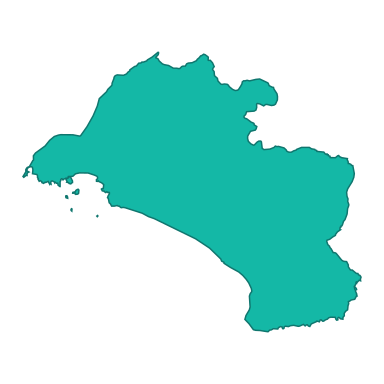 Pasaman Barat, Sumatera Barat, Indonesia
{"feature_id": "22746128B95220206981522", "entity_name": "Pasaman Barat", "entity_type": "district", "adm_level": 2, "iso_a3": "IDN", "parent_name": "Indonesia", "parent_adm1": "Sumatera Barat", "projection": "albers", "projection_center": [99.54, 0.188], "detail": "fine", "context": "isolated", "style": "filled", "palette": "teal", "viewbox_px": 384, "rotation_deg": 0, "n_neighbors": 0, "source": "geoboundaries", "source_scale": "gbopen_adm2", "svg_char_len": 5893}
<svg xmlns="http://www.w3.org/2000/svg" viewBox="0 0 384 384"><path d="M357.1,296.0L356.5,294.7L356.8,294.2L355.6,291.5L355.4,290.1L356.6,289.6L356.3,288.5L355.3,287.3L354.6,288.3L354.3,286.4L355.3,285.1L355.7,283.9L356.5,283.6L356.0,282.5L356.2,282.0L356.7,281.8L357.1,282.4L359.1,280.3L360.6,280.8L360.4,279.0L361.0,277.5L360.8,276.6L359.9,275.4L358.5,274.8L357.9,273.5L356.3,273.4L352.2,270.0L350.9,270.1L350.3,269.8L348.3,266.8L348.3,264.9L346.6,261.6L343.6,261.3L341.7,260.2L336.2,253.4L334.9,252.7L333.2,252.6L331.2,248.9L329.8,247.3L329.6,246.3L327.8,244.6L326.7,241.3L327.0,240.2L329.7,239.3L332.8,236.9L335.4,235.4L335.5,234.5L337.4,231.9L340.3,229.9L339.8,229.8L340.2,227.3L340.9,227.1L341.1,226.0L341.7,226.0L342.4,224.9L343.5,221.4L345.0,219.6L346.6,215.4L347.1,213.9L347.6,208.6L348.7,205.7L348.8,204.4L347.7,201.5L348.0,198.9L347.0,196.3L346.6,192.2L347.7,188.8L352.1,181.7L353.8,177.3L354.3,173.6L352.8,165.6L351.6,165.4L350.9,164.4L349.3,163.6L348.3,163.5L348.1,161.5L347.2,159.7L347.4,158.6L341.8,157.7L339.5,156.6L338.7,155.5L337.7,155.8L335.4,157.7L330.2,157.6L330.0,156.2L328.4,155.7L328.3,154.8L326.9,154.6L327.0,154.0L325.4,154.1L323.8,152.1L316.9,151.4L316.7,150.5L315.1,150.0L314.8,149.4L311.5,148.8L309.3,147.4L301.6,147.4L296.6,149.4L296.1,150.1L293.8,150.8L291.3,152.2L289.9,152.2L288.6,152.1L286.8,151.2L286.1,149.8L284.0,147.9L278.5,146.4L277.0,146.6L275.3,146.1L274.1,147.4L269.9,149.1L263.9,149.6L262.2,148.3L261.4,141.9L260.8,141.1L258.8,141.1L257.1,142.1L254.4,144.9L253.6,145.2L250.9,143.9L248.3,141.3L247.6,138.4L247.7,136.0L250.5,131.3L255.3,130.1L256.2,128.8L256.8,126.5L254.2,124.9L254.0,123.5L253.5,123.1L251.1,122.1L246.6,118.7L245.2,118.4L244.1,117.5L244.0,116.2L245.6,114.6L246.6,111.7L254.1,111.1L255.9,110.1L256.7,107.5L256.6,104.5L256.9,103.7L257.4,103.5L259.8,103.9L263.7,105.9L265.6,104.5L266.8,104.4L271.5,105.5L274.0,105.1L275.5,104.1L277.4,99.9L277.5,96.6L277.0,93.8L273.9,89.0L273.5,87.4L272.2,87.2L269.1,85.6L268.2,83.2L267.3,82.6L259.7,79.0L255.8,79.4L249.5,80.9L247.1,80.3L245.2,80.8L243.6,80.8L242.3,81.9L242.0,83.7L240.8,86.0L238.6,89.4L237.6,90.2L235.8,90.5L235.1,90.5L232.6,89.4L229.2,86.6L228.4,85.2L227.2,84.3L224.3,84.0L222.1,84.4L220.8,84.1L217.9,80.9L217.4,78.3L214.5,75.7L214.1,71.6L212.6,69.5L212.7,68.7L214.2,66.6L212.5,62.8L210.3,60.3L208.6,60.4L208.1,60.0L208.3,57.5L208.0,56.8L205.1,54.7L203.7,54.2L201.5,55.7L200.6,55.9L199.1,57.8L197.3,59.3L196.4,60.7L192.2,62.7L188.2,63.1L186.6,63.9L185.3,66.1L182.6,66.2L181.6,66.7L180.0,68.4L178.7,68.6L176.7,68.2L173.4,68.2L168.6,65.5L164.4,64.7L162.4,63.9L159.2,61.0L157.9,58.7L155.8,57.8L155.9,57.1L158.2,54.7L158.6,53.0L158.5,52.4L158.0,52.3L152.1,57.1L147.4,59.9L146.7,60.9L143.1,62.2L142.0,62.0L140.9,63.0L138.7,63.2L136.4,66.0L134.6,66.5L129.9,69.8L129.8,70.8L127.8,72.3L126.6,73.9L123.5,75.3L117.2,74.9L115.2,75.7L114.1,77.2L113.9,78.6L112.1,83.2L112.0,84.9L111.5,85.7L107.8,89.4L106.5,91.8L99.3,98.6L97.3,106.1L93.1,115.9L87.0,126.7L80.6,135.7L79.6,136.1L72.9,134.8L60.7,134.7L58.4,135.1L54.3,136.5L49.7,140.3L45.1,146.0L35.5,153.0L33.4,155.8L33.5,160.0L32.8,160.6L29.4,166.6L27.2,167.5L26.3,168.7L25.8,169.7L25.9,171.7L23.0,176.5L23.8,177.3L26.1,175.4L27.1,175.5L27.0,173.8L27.9,172.4L28.9,172.0L26.9,170.9L27.1,169.1L28.4,167.4L30.8,166.7L31.6,166.8L32.4,167.3L32.9,169.7L32.5,173.7L36.9,174.5L37.5,175.7L37.5,177.6L38.3,178.5L38.0,179.1L39.2,181.3L40.2,180.7L41.4,181.4L42.0,182.0L41.9,182.6L43.6,183.4L45.1,182.2L45.7,182.5L48.1,181.4L49.8,184.4L50.3,183.5L51.0,184.0L50.7,182.2L51.3,181.2L52.3,180.9L54.4,182.0L54.7,182.8L55.1,182.2L56.5,183.3L57.7,183.2L58.1,185.2L59.1,185.8L59.4,186.4L60.1,186.5L60.1,181.6L60.8,180.5L60.7,179.6L61.5,178.8L61.9,178.7L63.0,179.9L63.8,179.1L64.9,178.7L65.7,178.9L66.0,178.1L66.8,178.3L67.9,177.9L68.3,176.5L72.8,176.3L75.5,173.8L79.5,172.9L88.1,173.0L94.4,175.1L96.9,176.2L97.6,177.2L97.4,178.9L96.4,179.7L96.5,181.3L97.8,181.4L98.4,180.9L99.0,181.6L101.6,182.8L103.7,184.6L103.3,188.6L102.3,188.5L101.4,189.1L102.3,190.9L104.3,191.2L104.4,191.7L105.8,192.6L106.8,191.7L107.9,192.6L108.7,192.7L109.0,192.3L109.4,192.6L109.4,193.9L108.3,195.5L107.5,197.7L108.3,198.4L109.2,202.8L110.3,203.7L111.6,206.1L114.4,206.1L117.2,205.5L118.1,206.1L119.5,206.2L120.3,207.2L121.2,207.7L123.1,207.4L125.1,207.7L142.2,213.2L148.5,216.6L154.2,218.6L195.6,238.8L209.6,248.1L220.8,259.0L221.6,261.1L224.0,262.3L224.0,263.3L230.4,267.4L238.8,272.0L242.8,275.4L246.3,279.4L248.8,283.0L251.3,288.4L251.8,291.0L251.5,292.0L250.3,293.5L249.4,296.1L250.1,307.0L249.3,309.9L246.0,315.5L244.9,319.4L249.0,323.7L253.4,329.7L255.7,330.3L260.1,330.5L267.5,331.7L268.3,331.6L269.5,330.2L271.5,329.8L273.3,328.7L277.8,329.0L278.4,327.7L280.3,326.6L282.0,326.9L282.6,328.6L283.1,328.8L283.9,328.4L284.3,326.7L285.4,326.2L288.4,326.6L290.5,325.7L293.6,325.3L298.3,326.3L299.6,326.1L303.4,324.4L304.8,325.7L305.2,325.9L306.5,324.8L307.3,324.8L308.4,326.0L309.8,326.5L311.3,323.9L316.3,321.7L316.8,321.1L319.4,321.8L320.2,320.0L321.0,319.8L322.7,321.2L323.7,321.1L325.5,319.8L327.5,319.1L328.6,317.8L330.7,317.2L335.2,317.3L336.0,319.5L336.8,320.2L337.9,319.8L337.7,318.3L338.4,317.4L339.4,317.6L340.4,318.8L342.9,319.2L343.0,317.3L344.3,315.8L344.2,313.4L345.6,311.3L347.6,309.8L348.0,305.7L348.7,303.8L348.4,301.6L349.9,301.0L351.2,300.0L354.7,299.3L356.4,296.2L357.1,296.0ZM70.6,177.1L68.7,176.7L68.1,178.1L66.8,178.6L66.2,179.9L67.1,181.5L66.7,182.2L68.6,182.7L69.1,183.5L70.8,183.9L71.8,182.8L72.5,182.6L72.5,181.0L70.6,177.1ZM78.3,189.3L77.4,189.4L76.0,190.3L74.8,192.4L75.1,193.1L74.9,193.7L75.7,194.4L77.8,194.1L78.6,193.3L78.9,190.1L78.3,189.3ZM66.9,195.7L65.9,195.8L65.7,196.9L66.1,197.8L67.7,198.3L67.6,197.0L66.9,195.7ZM71.8,211.1L72.0,209.0L71.5,208.7L71.0,209.4L71.1,210.5L71.8,211.1ZM73.9,192.1L72.8,192.4L72.7,193.2L73.4,193.2L73.9,192.1ZM97.3,216.7L97.9,216.0L97.6,215.5L96.8,216.1L97.3,216.7Z" fill="#14b8a6" stroke="#0f766e" stroke-width="1.5"/></svg>